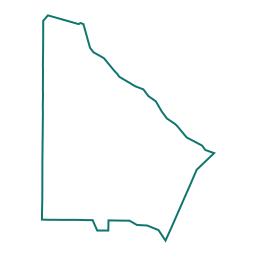 outline of DeKalb, Georgia, United States of America
{"feature_id": "52423323B8956150645688", "entity_name": "DeKalb", "entity_type": "district", "adm_level": 2, "iso_a3": "USA", "parent_name": "United States of America", "parent_adm1": "Georgia", "projection": "mercator", "projection_center": [-84.225, 33.792], "detail": "fine", "context": "isolated", "style": "outline", "palette": "teal", "viewbox_px": 256, "rotation_deg": 0, "n_neighbors": 0, "source": "geoboundaries", "source_scale": "gbopen_adm2", "svg_char_len": 816}
<svg xmlns="http://www.w3.org/2000/svg" viewBox="0 0 256 256"><path d="M214.1,153.1L205.3,150.0L202.1,145.6L186.6,137.4L177.4,126.3L175.3,124.2L166.8,118.4L161.7,111.4L155.8,101.3L148.4,96.1L143.4,89.4L135.3,86.3L119.3,76.8L117.1,73.7L114.1,70.6L104.1,58.4L101.6,56.8L101.2,56.6L93.5,52.3L90.4,48.3L90.0,47.7L83.4,24.1L80.5,23.0L78.7,24.1L47.9,15.4L43.2,20.8L43.2,35.5L43.1,50.1L42.9,65.4L43.0,71.0L42.9,86.7L42.9,88.9L42.9,89.8L43.0,94.4L42.8,106.4L42.8,107.2L42.9,112.1L42.7,134.0L42.7,134.7L42.6,139.8L42.4,161.8L42.3,199.0L41.9,219.6L49.2,219.8L78.3,219.9L85.9,220.1L92.6,220.1L97.2,230.5L108.3,230.5L108.5,220.4L127.8,220.7L129.5,220.7L137.0,225.0L147.2,225.5L158.5,230.1L165.5,240.6L171.6,227.1L187.3,191.3L187.4,191.2L193.3,177.6L196.7,169.7L214.1,153.1Z" fill="none" stroke="#0f766e" stroke-width="2"/></svg>